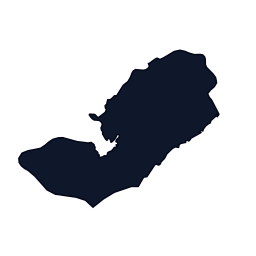 an SVG outline of West Bank, rotated 48°
{"feature_id": "WEB+00?", "entity_name": "West Bank", "entity_type": "state/province", "adm_level": 1, "iso_a3": "PSE", "parent_name": "Palestine", "parent_adm1": "", "projection": "mercator", "projection_center": [35.24, 31.944], "detail": "fine", "context": "isolated", "style": "filled", "palette": "ink", "viewbox_px": 256, "rotation_deg": 48, "n_neighbors": 0, "source": "natural_earth", "source_scale": "10m", "svg_char_len": 2507}
<svg xmlns="http://www.w3.org/2000/svg" viewBox="0 0 256 256"><g transform="rotate(48 128 128)"><path d="M126.6,23.6L128.6,24.6L132.8,28.2L135.5,29.1L144.8,28.7L149.2,29.2L153.6,31.9L155.0,36.1L154.9,41.5L155.7,45.9L159.5,47.1L163.1,47.2L166.6,48.1L178.5,51.2L179.0,52.5L179.2,54.1L178.3,54.1L178.3,52.9L177.2,52.9L177.2,54.1L178.0,55.8L177.9,61.1L179.2,63.7L178.6,65.7L178.5,69.1L179.1,72.4L180.2,74.5L179.5,74.9L178.9,75.4L178.5,76.0L178.3,77.0L180.2,77.0L178.3,85.2L177.7,88.0L178.3,90.1L178.3,91.4L177.1,92.0L176.4,92.8L176.4,93.8L177.2,94.9L174.7,99.2L174.6,101.2L176.2,103.4L173.7,105.4L172.9,108.4L173.2,116.5L174.8,120.6L175.1,122.4L175.2,124.8L175.4,126.3L176.3,128.2L176.2,129.6L175.5,130.4L174.5,130.7L173.6,131.2L173.2,132.6L176.8,146.6L175.2,148.8L175.2,150.1L178.3,159.5L173.6,164.7L169.9,173.4L166.6,181.1L164.2,193.7L163.4,206.6L163.4,206.9L163.4,207.0L153.2,207.9L144.7,212.8L128.5,226.3L119.9,229.5L101.4,229.4L92.5,230.6L88.8,231.9L84.7,232.5L80.8,231.9L77.5,229.4L75.8,223.6L77.9,217.8L84.6,206.6L85.4,200.9L85.5,196.1L86.2,191.4L88.5,186.8L88.8,186.2L91.5,183.0L104.2,174.9L109.3,170.4L112.4,167.8L114.1,165.1L117.5,164.3L118.3,165.0L120.1,165.3L122.0,167.3L125.8,166.8L127.9,168.2L128.6,167.5L129.2,167.8L129.7,168.6L130.7,169.2L131.3,168.9L131.6,167.5L132.4,166.7L132.8,164.2L133.7,163.4L134.4,162.4L133.9,160.9L132.9,159.9L132.9,158.7L133.7,156.3L134.4,155.2L133.9,154.7L133.8,153.3L133.3,151.3L134.0,150.1L134.7,148.8L134.0,148.4L133.0,148.3L132.7,148.0L133.5,146.7L133.0,146.2L132.5,145.7L131.7,145.5L130.0,146.0L129.1,144.6L128.9,143.4L129.0,141.7L128.3,139.6L126.8,139.2L125.8,139.9L125.8,141.0L126.4,142.4L127.0,144.1L127.5,146.6L127.5,149.3L127.4,149.9L127.0,150.1L124.6,148.8L123.6,148.8L122.6,149.0L122.4,149.9L123.0,151.0L123.0,151.9L121.2,152.1L115.7,150.9L113.4,149.1L112.1,149.2L109.9,148.0L108.5,145.0L106.7,144.0L105.0,143.9L103.7,144.1L102.2,145.0L99.5,147.7L97.4,148.3L95.7,148.4L92.5,148.0L92.1,147.6L92.3,146.9L93.9,145.5L95.2,144.0L96.4,143.6L99.9,143.5L100.5,142.8L101.2,134.5L99.9,131.7L97.9,131.3L96.2,130.1L96.0,129.1L96.6,128.1L95.6,127.3L93.5,124.2L95.1,122.2L95.3,119.6L95.0,116.6L96.5,114.9L93.1,102.9L93.5,96.9L92.0,92.3L89.9,88.2L89.2,85.9L89.7,83.3L95.5,77.9L96.6,75.8L97.1,73.6L96.8,71.7L95.8,70.4L93.9,69.8L94.4,67.5L94.9,62.0L95.5,59.8L96.1,59.4L98.1,58.6L98.6,58.2L99.7,54.6L100.3,51.6L102.1,42.5L105.0,37.4L108.9,34.6L113.3,32.5L117.9,29.6L121.6,25.2L123.7,23.6L126.3,23.5L126.6,23.6Z" fill="#0f172a" stroke="#020617" stroke-width="1.5"/></g></svg>